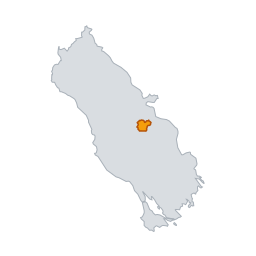 location of Nigde within Turkey, rotated 235°
{"feature_id": "TUR-3020", "entity_name": "Nigde", "entity_type": "Province", "adm_level": 1, "iso_a3": "TUR", "parent_name": "Turkey", "parent_adm1": "", "projection": "robinson", "projection_center": [34.715, 37.878], "detail": "fine", "context": "in_parent", "style": "filled", "palette": "amber", "viewbox_px": 256, "rotation_deg": 235, "n_neighbors": 0, "source": "natural_earth", "source_scale": "10m", "svg_char_len": 4280}
<svg xmlns="http://www.w3.org/2000/svg" viewBox="0 0 256 256"><g transform="rotate(235 128 128)"><path d="M196.8,93.1L200.3,94.2L201.4,93.4L204.6,93.5L207.5,94.1L209.0,92.2L211.0,92.4L211.4,93.4L212.3,93.8L215.4,96.2L215.0,96.5L215.8,97.4L218.3,98.0L218.6,99.2L220.7,101.1L221.8,103.9L221.3,105.9L220.2,107.1L222.0,111.4L221.5,112.0L224.6,113.4L228.5,113.1L229.8,113.7L233.6,117.1L234.6,118.5L232.0,116.8L230.6,118.2L229.9,121.6L225.9,122.2L226.6,124.4L227.7,125.4L227.4,127.4L227.7,128.3L228.9,129.6L228.8,131.5L229.3,133.4L229.4,135.8L231.2,136.5L230.4,137.6L228.7,142.3L228.8,142.7L230.1,142.8L233.1,145.0L232.6,145.7L233.0,148.8L235.6,150.8L235.2,151.8L235.3,152.8L233.5,152.3L229.9,155.0L229.5,155.0L229.0,154.0L228.8,151.3L227.9,150.6L226.7,150.5L224.8,151.7L222.9,151.6L221.1,151.4L216.3,149.7L214.5,150.3L212.7,149.7L209.2,153.0L208.1,153.3L207.5,151.6L206.2,150.7L204.7,151.9L198.5,153.5L195.7,153.8L192.2,153.3L189.4,153.4L181.6,157.1L174.2,159.1L167.5,158.9L163.8,156.6L160.9,156.1L152.4,159.6L148.2,159.5L146.8,158.1L143.5,157.5L142.8,158.8L142.2,162.2L143.3,165.2L141.5,165.4L140.4,166.1L140.1,168.4L138.4,169.3L137.9,170.7L137.6,170.7L134.9,169.6L135.6,168.5L133.9,164.2L134.8,162.9L138.2,159.4L138.1,157.4L136.6,156.0L132.2,158.5L131.8,159.5L130.8,160.3L129.2,160.6L121.4,157.3L116.8,160.2L112.8,164.4L109.9,165.9L101.2,167.1L99.6,167.9L96.7,167.1L94.9,165.9L90.9,161.1L83.3,157.5L75.3,156.6L74.6,157.5L74.3,161.2L72.9,164.7L72.3,165.1L70.5,164.2L64.3,166.3L59.1,164.0L58.2,163.0L57.1,158.9L56.3,158.6L55.4,159.2L54.5,159.2L50.8,157.4L48.8,157.3L47.5,159.0L45.5,159.8L45.4,159.3L46.2,158.2L43.1,158.4L41.4,159.2L39.1,158.7L39.2,158.2L41.1,157.7L45.4,157.0L48.1,154.3L38.0,154.5L37.0,155.1L36.9,153.7L37.5,153.0L40.2,152.5L40.0,151.3L38.4,150.1L36.7,149.4L36.0,146.5L35.1,145.7L35.2,145.3L36.9,144.8L37.3,142.7L37.1,141.4L33.8,140.2L33.1,140.3L32.3,139.2L30.9,138.3L29.8,139.0L26.6,137.3L27.2,136.0L28.0,136.0L28.2,135.0L27.6,133.4L27.7,132.5L28.4,132.3L29.2,132.4L30.0,133.4L30.0,135.3L30.9,136.5L31.5,135.3L33.0,136.0L35.7,135.4L36.2,134.9L34.3,134.9L33.6,134.5L32.1,131.3L33.7,130.4L34.9,128.9L32.7,127.9L33.2,125.8L31.4,123.4L34.0,120.3L33.9,119.8L33.1,119.7L25.1,121.0L25.0,119.6L25.6,118.4L25.7,115.4L26.1,113.8L27.6,113.3L29.5,111.0L32.5,108.2L35.6,108.3L36.8,107.5L38.6,107.5L39.1,108.6L40.7,109.3L43.5,109.2L44.9,108.5L43.6,107.1L45.2,106.7L46.5,107.0L45.8,108.5L46.1,108.7L49.8,108.2L53.6,108.6L57.8,108.4L58.4,107.9L55.4,106.4L57.3,105.1L58.4,104.9L67.3,103.7L67.3,103.4L61.9,102.7L59.2,100.9L58.5,100.0L59.1,97.7L59.7,97.1L61.6,97.0L68.2,98.1L72.9,97.4L78.1,98.9L83.0,98.6L84.1,98.0L85.3,95.8L92.4,92.1L94.8,90.2L105.7,86.5L121.9,87.1L124.7,85.7L126.4,86.1L125.9,87.1L126.0,88.0L127.9,90.2L130.8,91.5L134.8,90.4L136.3,90.8L137.7,94.3L140.3,96.4L141.4,96.5L142.9,95.3L144.4,95.2L146.8,96.4L147.6,97.6L155.4,99.0L157.0,100.1L162.3,101.1L173.8,98.7L178.1,100.3L181.7,100.9L183.2,100.6L187.9,98.6L189.3,97.5L192.2,96.6L195.8,94.3L196.8,93.1ZM47.4,86.9L47.0,88.5L47.7,90.2L49.2,92.6L50.9,93.8L58.7,97.0L57.5,100.0L55.5,100.5L48.8,99.0L46.0,100.2L44.0,99.9L41.2,100.5L40.4,102.3L38.4,104.3L32.9,106.9L27.8,112.0L26.4,112.7L27.1,110.9L27.0,109.4L29.3,107.6L32.4,106.3L33.2,105.2L25.6,105.4L24.9,103.8L25.7,103.5L28.2,100.7L28.5,99.6L28.4,96.9L31.5,95.3L31.7,94.6L31.4,91.9L28.5,90.4L28.6,89.6L30.7,88.9L31.9,87.0L34.9,86.6L36.3,85.7L38.9,85.3L42.1,87.6L45.9,86.7L47.4,86.9ZM23.8,111.8L21.2,112.2L20.4,111.8L21.3,111.0L23.3,110.4L23.9,111.3L23.8,111.8Z" fill="#d9dde1" stroke="#a8b0b8" stroke-width="1"/><path d="M119.2,149.9L118.9,149.3L118.5,148.9L118.2,148.7L117.8,148.1L117.8,147.7L117.9,147.1L118.0,146.7L118.3,146.4L118.6,145.7L118.4,144.9L118.1,144.4L117.6,144.0L117.2,143.4L116.8,142.8L116.3,142.5L115.7,142.3L115.4,141.7L115.2,141.0L119.0,135.7L119.6,135.8L120.6,135.6L121.2,135.5L121.5,135.7L122.0,136.1L122.6,136.3L123.7,135.9L124.5,137.9L125.2,138.6L127.0,138.6L127.3,139.6L127.2,140.1L127.3,140.7L127.5,141.2L127.6,141.7L127.1,142.0L127.0,142.7L126.9,143.5L125.4,145.0L124.3,145.2L123.7,145.0L123.1,144.9L122.8,145.4L122.8,146.1L123.1,146.8L123.2,147.2L123.0,147.8L122.9,147.9L122.7,148.1L122.4,148.5L122.3,148.8L122.4,149.4L121.6,149.3L120.8,149.6L120.4,149.8L120.0,149.9L119.2,149.9Z" fill="#f59e0b" stroke="#b45309" stroke-width="1.5"/></g></svg>